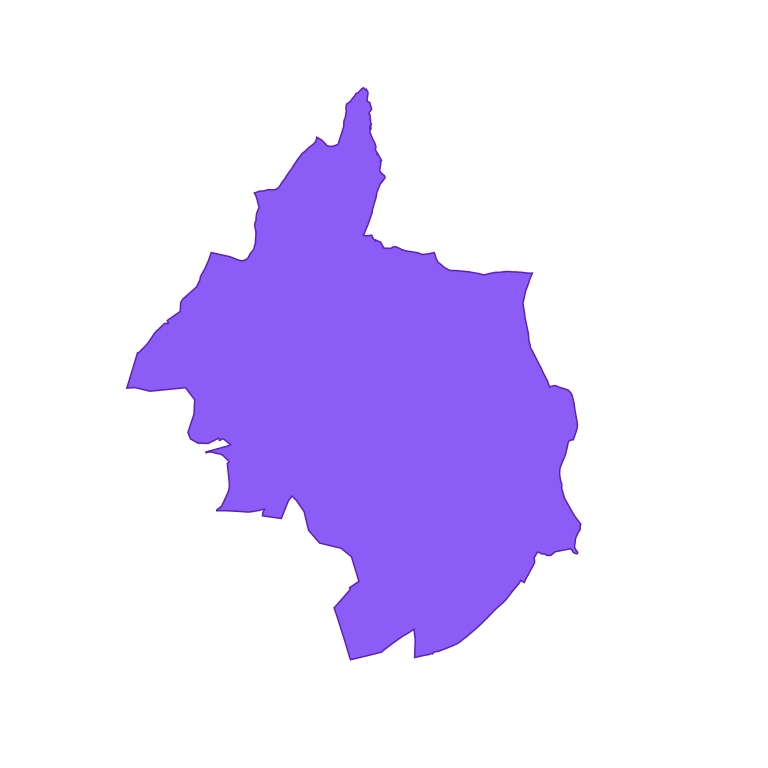 Ciugud, Alba, Romania (Robinson projection), rotated 291°
{"feature_id": "2599482B73619995262158", "entity_name": "Ciugud", "entity_type": "district", "adm_level": 2, "iso_a3": "ROU", "parent_name": "Romania", "parent_adm1": "Alba", "projection": "robinson", "projection_center": [23.641, 46.062], "detail": "fine", "context": "isolated", "style": "filled", "palette": "violet", "viewbox_px": 768, "rotation_deg": 291, "n_neighbors": 0, "source": "geoboundaries", "source_scale": "gbopen_adm2", "svg_char_len": 6135}
<svg xmlns="http://www.w3.org/2000/svg" viewBox="0 0 768 768"><g transform="rotate(291 384 384)"><path d="M442.4,541.9L441.6,540.8L440.6,539.8L442.6,537.8L443.7,537.0L445.7,535.2L446.9,533.8L452.5,527.6L455.3,524.9L456.9,522.9L467.8,510.9L470.3,507.8L473.0,506.3L475.5,504.4L477.8,503.1L483.2,500.5L496.9,491.6L500.2,490.0L509.1,484.8L512.5,484.3L514.8,484.0L520.5,483.0L530.5,482.8L533.4,482.5L540.7,482.8L539.7,480.5L538.6,476.8L538.1,474.3L536.2,467.9L534.4,462.8L534.1,461.3L532.7,457.5L529.6,451.7L528.1,447.9L524.7,442.5L522.2,439.0L521.4,437.1L521.3,434.3L519.1,422.8L516.4,413.1L514.7,407.7L513.9,405.9L513.7,403.6L514.1,401.3L514.4,398.5L515.8,394.9L517.0,390.9L519.0,388.5L520.6,387.1L522.1,386.1L524.8,383.7L523.8,382.6L522.7,380.7L521.6,379.1L519.4,375.0L518.5,372.6L518.7,368.8L517.2,361.6L516.4,358.3L515.8,353.0L516.2,349.9L516.3,346.9L516.4,345.9L515.1,343.1L514.7,342.8L513.0,341.8L512.4,339.6L510.8,335.3L515.3,329.9L515.3,326.8L515.5,324.6L514.6,324.6L516.2,321.3L518.6,319.2L516.7,315.8L515.8,313.9L515.5,311.6L526.7,311.9L540.3,311.5L540.8,311.0L547.3,310.3L555.0,309.8L560.2,308.7L569.2,308.8L572.7,310.0L577.1,311.1L578.7,309.6L578.9,309.0L579.6,306.7L580.9,304.5L581.7,303.6L582.5,303.3L585.7,302.7L588.1,302.1L589.7,301.6L590.1,300.8L591.6,301.6L591.8,301.7L595.4,297.3L596.6,295.9L596.0,295.2L597.1,295.1L599.2,292.5L600.6,291.7L601.9,291.7L602.8,291.3L605.4,289.3L607.8,286.6L611.3,283.1L613.2,281.6L613.2,280.8L616.3,279.9L616.6,280.4L618.1,280.3L618.4,279.9L617.6,279.3L617.8,279.0L618.6,279.0L619.9,278.2L620.2,278.4L619.5,279.5L621.0,279.0L621.6,279.3L622.2,279.0L623.6,277.6L626.1,276.7L626.2,276.3L626.8,275.8L628.2,275.7L630.7,274.0L630.5,273.4L632.3,272.9L635.2,273.9L636.8,273.7L639.3,271.5L641.7,269.9L641.8,267.5L642.9,266.4L649.7,264.9L651.1,264.1L652.8,261.8L652.0,261.8L652.1,261.0L653.3,258.8L651.5,257.3L646.6,255.4L645.2,253.8L642.8,253.5L638.8,252.0L636.7,251.6L633.5,250.0L631.7,248.6L630.2,249.2L628.7,249.3L627.5,249.8L625.2,251.0L619.1,252.3L616.0,252.3L614.8,252.4L610.2,254.1L591.2,255.2L587.9,251.5L586.4,248.3L586.1,245.6L589.4,238.5L590.3,232.8L587.8,233.3L585.8,233.2L583.9,232.8L577.0,228.7L573.4,227.1L569.8,224.9L566.6,224.1L562.9,222.9L560.8,222.5L557.0,221.5L551.9,220.7L549.1,219.8L542.6,218.2L540.7,218.0L537.9,217.1L533.7,216.1L531.8,215.8L529.5,215.2L528.5,214.5L526.0,212.3L524.2,206.7L521.1,202.4L520.0,199.8L518.6,197.5L517.8,196.9L515.9,194.5L515.5,194.7L515.3,195.2L514.3,196.5L511.7,198.7L504.1,204.1L498.0,203.9L494.0,204.8L490.9,205.9L488.1,205.8L485.7,206.5L483.5,207.7L481.1,209.4L478.0,210.8L472.8,212.3L468.3,213.8L467.3,213.5L463.6,214.1L462.5,213.9L460.3,213.2L458.0,212.5L454.4,212.0L452.4,211.7L451.5,211.2L450.6,210.3L448.2,207.8L447.5,203.8L447.6,200.0L447.6,195.3L447.5,193.7L444.8,175.6L436.6,175.9L427.7,175.5L418.6,174.1L415.6,174.8L407.6,174.3L391.1,165.7L387.2,165.0L378.7,167.7L365.6,158.9L363.4,160.9L362.9,160.6L362.5,158.7L361.9,157.5L358.7,155.9L354.0,153.8L352.3,152.8L349.2,151.6L345.2,150.7L339.3,149.4L335.3,148.2L325.7,143.9L325.1,143.5L324.8,142.7L309.9,143.8L288.0,145.4L291.4,152.8L293.4,168.1L309.4,200.0L301.5,212.9L294.7,215.1L287.9,217.4L268.6,218.3L263.4,222.9L262.1,231.5L265.5,241.2L274.2,249.0L272.3,250.6L273.1,251.5L274.0,252.1L275.0,253.2L275.2,253.8L272.7,261.3L272.6,262.3L272.4,262.6L271.2,261.6L270.1,260.3L263.6,251.4L261.0,248.0L259.3,245.5L256.7,242.1L256.0,242.5L257.5,244.3L258.8,248.1L259.0,250.8L259.4,253.7L259.8,255.3L259.8,258.7L258.8,261.0L256.3,266.8L256.0,267.1L255.6,267.2L254.6,266.7L253.7,266.2L241.0,272.6L234.3,275.9L231.7,276.7L231.2,276.8L227.4,277.2L221.2,276.9L218.7,276.6L218.7,276.8L214.3,276.3L212.0,276.3L206.4,273.0L205.7,273.2L209.4,282.8L213.5,295.6L215.1,301.0L216.3,304.3L218.0,307.3L221.2,312.7L223.2,315.3L224.3,317.5L224.0,317.5L222.9,317.2L222.3,317.1L220.9,317.0L219.2,317.3L218.3,317.5L218.1,317.6L217.4,317.8L217.5,318.3L221.6,336.1L221.6,336.3L226.1,336.4L226.8,336.4L228.0,336.4L228.6,336.4L229.4,336.4L233.2,336.5L234.4,336.5L234.6,336.5L240.2,336.6L242.3,337.0L246.4,338.4L243.7,344.3L236.2,355.2L220.3,366.1L212.4,381.0L214.7,398.4L215.3,402.7L211.1,415.5L190.8,431.3L181.4,424.8L180.1,426.2L168.7,422.0L160.1,418.8L157.2,417.6L153.1,421.0L149.5,424.0L134.2,436.2L133.9,436.5L115.2,451.0L114.9,451.3L114.7,451.7L118.3,457.0L121.6,461.7L124.5,466.1L125.2,466.9L127.9,470.8L132.5,477.4L133.5,478.2L134.0,478.4L134.9,478.8L139.5,481.6L145.1,485.1L152.8,490.2L155.0,491.7L159.6,495.4L165.8,499.9L156.0,505.0L139.6,510.6L146.7,521.3L146.6,521.6L147.3,522.6L149.1,524.6L149.8,525.8L149.6,526.1L150.7,526.3L151.7,526.7L152.6,528.3L153.6,530.0L154.7,531.5L156.7,533.7L159.6,537.0L161.9,539.4L163.9,541.6L166.0,543.6L167.3,544.9L168.4,545.9L170.8,547.5L173.4,549.0L174.3,549.5L177.6,551.6L178.9,552.3L184.2,555.2L187.4,556.9L191.4,559.0L195.3,560.9L199.4,562.7L204.6,565.0L206.3,565.7L209.0,566.9L214.0,569.0L216.3,570.2L218.2,571.2L221.3,572.8L223.1,573.8L224.5,574.4L226.0,575.0L227.0,575.3L231.9,576.8L237.2,578.4L237.9,578.7L243.2,580.5L245.3,581.3L249.5,582.0L248.9,586.0L254.8,586.5L256.3,586.7L256.8,587.0L259.1,587.1L263.1,587.6L263.9,587.7L267.5,588.3L269.8,588.5L271.5,588.5L273.4,587.7L275.7,586.3L276.1,586.6L277.3,586.8L281.0,587.2L281.9,587.5L282.4,589.0L281.9,591.9L282.3,593.1L282.5,594.1L283.0,594.9L282.4,597.4L282.8,599.0L283.9,601.2L288.8,604.0L292.9,610.6L297.0,617.2L296.9,617.9L296.6,618.6L295.0,620.4L294.5,621.7L294.4,623.3L294.5,624.7L294.8,625.2L295.0,625.3L295.9,625.3L296.5,624.9L297.0,624.1L298.2,622.2L299.3,620.9L300.5,620.2L301.7,619.8L305.3,619.1L307.7,618.3L309.9,618.2L313.3,618.4L315.7,618.7L318.2,619.3L319.4,619.0L321.1,618.2L322.4,618.0L322.9,618.1L323.1,618.1L323.8,617.8L326.6,613.2L329.3,609.0L334.0,603.2L342.7,592.7L342.9,592.9L350.2,587.3L354.0,586.0L357.3,583.4L362.2,580.5L367.3,578.7L370.6,578.4L383.3,578.7L391.4,577.6L395.5,576.9L396.6,577.0L397.9,577.8L399.2,579.4L399.7,580.7L408.7,580.5L411.9,580.1L414.8,579.4L417.8,577.9L427.4,572.0L434.0,568.4L434.8,567.8L436.8,566.5L441.1,563.5L442.7,561.5L444.4,558.0L444.0,550.4L443.7,549.9L444.0,545.6L443.8,544.1L442.4,541.9Z" fill="#8b5cf6" stroke="#5b21b6" stroke-width="1.5"/></g></svg>